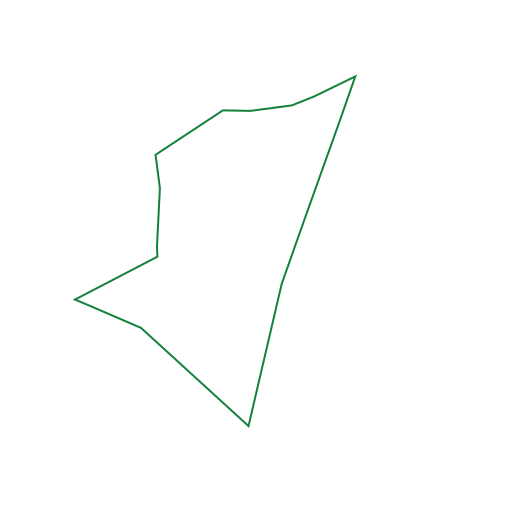 Malhada dos Bois, Sergipe, Brazil, rotated 239°
{"feature_id": "56859067B82307883528115", "entity_name": "Malhada dos Bois", "entity_type": "district", "adm_level": 2, "iso_a3": "BRA", "parent_name": "Brazil", "parent_adm1": "Sergipe", "projection": "natural_earth1", "projection_center": [-36.937, -10.335], "detail": "fine", "context": "isolated", "style": "outline", "palette": "green", "viewbox_px": 512, "rotation_deg": 239, "n_neighbors": 0, "source": "geoboundaries", "source_scale": "gbopen_adm2", "svg_char_len": 392}
<svg xmlns="http://www.w3.org/2000/svg" viewBox="0 0 512 512"><g transform="rotate(239 256 256)"><path d="M114.1,162.0L218.8,263.6L243.5,293.5L267.8,323.0L327.3,395.7L358.8,433.6L362.8,388.1L364.5,377.5L366.6,364.4L383.3,325.9L397.9,302.6L394.5,222.0L363.7,208.6L315.6,176.3L306.2,171.1L311.9,78.4L303.3,84.7L253.6,120.4L114.1,162.0Z" fill="none" stroke="#15803d" stroke-width="2"/></g></svg>